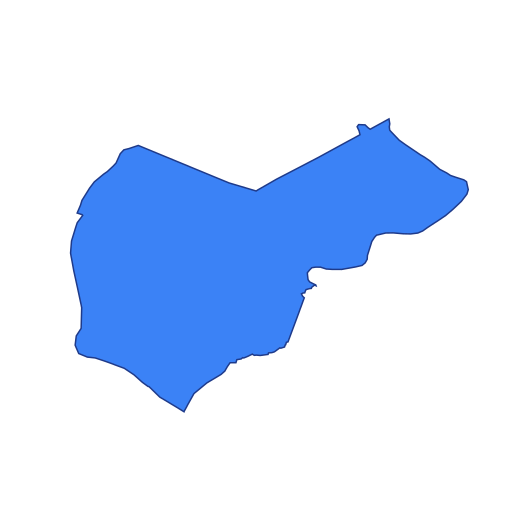 the district of Basse, Upper River, Gambia, rotated 107°
{"feature_id": "56634734B15786085247071", "entity_name": "Basse", "entity_type": "district", "adm_level": 2, "iso_a3": "GMB", "parent_name": "Gambia", "parent_adm1": "Upper River", "projection": "equal_earth", "projection_center": [-14.209, 13.292], "detail": "fine", "context": "isolated", "style": "filled", "palette": "blue", "viewbox_px": 512, "rotation_deg": 107, "n_neighbors": 0, "source": "geoboundaries", "source_scale": "gbopen_adm2", "svg_char_len": 2754}
<svg xmlns="http://www.w3.org/2000/svg" viewBox="0 0 512 512"><g transform="rotate(107 256 256)"><path d="M266.9,189.9L266.2,190.4L265.8,193.1L265.1,197.1L263.4,199.3L259.3,201.1L257.0,202.0L255.3,201.3L253.6,200.6L250.9,199.2L250.4,198.2L249.2,195.7L248.1,192.0L247.8,191.2L247.9,184.9L247.6,183.8L246.5,179.1L243.8,170.2L237.4,157.7L234.0,151.8L232.9,151.1L230.7,149.6L226.6,148.7L222.9,149.6L211.7,149.5L208.3,149.5L203.5,148.1L200.8,146.8L200.4,146.0L198.5,142.8L196.1,138.7L193.8,131.6L191.7,121.7L189.8,115.0L189.7,114.6L186.7,107.9L183.3,103.9L178.6,100.3L172.1,94.9L169.9,93.0L161.7,86.4L153.9,81.4L143.7,75.6L135.2,72.4L130.5,72.4L123.4,76.4L122.4,79.5L122.3,88.0L122.1,93.6L121.2,96.6L120.8,98.0L119.4,105.6L114.3,117.2L112.2,123.9L111.0,129.0L110.9,129.2L105.8,145.8L103.4,152.9L97.9,162.7L96.6,164.9L93.5,166.3L90.5,166.7L86.0,168.9L86.4,169.3L98.0,180.6L101.4,183.9L100.6,186.3L98.7,190.0L100.3,196.2L100.4,196.3L102.8,197.1L106.1,194.1L109.6,192.0L111.9,194.2L116.9,199.1L119.6,201.8L129.8,211.8L143.0,224.7L157.0,238.9L176.5,258.8L184.3,266.1L192.5,273.8L192.8,274.0L193.8,274.9L194.0,303.1L192.7,317.1L190.9,335.9L190.8,337.1L190.0,345.4L189.7,348.2L189.2,353.7L186.7,380.0L184.7,400.9L184.9,401.2L190.4,408.9L193.1,413.4L197.8,415.7L208.0,417.0L211.7,418.8L218.8,422.9L222.2,425.6L232.4,432.3L239.8,435.0L242.5,435.7L253.7,438.7L258.8,438.7L267.2,439.6L267.3,434.3L267.8,433.6L274.9,436.1L275.0,436.2L276.6,436.7L281.3,436.8L295.6,436.8L307.4,434.2L311.2,432.3L311.3,432.2L323.3,426.0L323.5,425.9L338.6,417.4L354.8,408.4L355.5,408.1L356.3,407.6L376.2,402.1L376.5,402.1L384.9,404.5L385.0,404.5L394.1,402.9L395.7,401.6L401.1,397.0L401.9,388.4L402.0,387.9L400.5,380.0L400.5,379.9L400.6,375.6L400.7,371.2L400.9,366.0L401.2,360.6L401.3,359.7L401.6,354.4L401.9,349.2L404.2,341.5L405.3,337.9L410.0,327.8L410.7,325.8L412.3,321.2L412.2,320.1L419.1,306.7L419.4,305.5L423.5,288.9L426.0,279.3L425.6,279.3L420.4,278.2L418.6,277.9L405.7,275.1L391.6,265.8L390.8,265.0L390.5,264.8L388.1,262.6L381.8,256.9L379.7,255.0L379.3,254.7L375.1,252.1L374.8,252.1L370.0,251.0L365.7,249.6L365.6,249.4L363.9,244.0L360.7,244.0L358.8,240.1L357.1,239.0L357.1,237.9L355.5,235.9L353.9,234.0L353.0,233.1L350.9,230.8L351.0,230.6L351.5,228.6L351.1,227.7L350.7,226.8L349.9,222.9L346.6,215.7L345.0,215.7L343.9,212.9L343.8,212.6L342.3,210.4L339.8,208.5L339.3,208.2L339.0,207.9L336.9,206.4L336.9,205.3L334.7,202.1L332.6,202.1L332.3,201.7L330.9,201.7L329.6,201.7L328.8,200.3L305.1,198.9L296.4,198.4L293.8,198.3L290.9,198.1L284.8,197.8L281.9,197.6L280.8,199.7L278.9,201.5L277.8,200.4L277.5,199.8L277.0,198.6L275.1,198.6L273.5,198.3L272.5,196.8L271.6,195.4L271.1,194.3L270.8,193.6L269.7,193.6L266.7,191.5L266.9,189.9Z" fill="#3b82f6" stroke="#1e3a8a" stroke-width="1.5"/></g></svg>